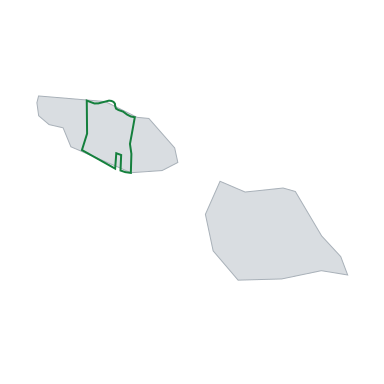 where Tuamasaga sits in Samoa, rotated 185°
{"feature_id": "WSM-4984", "entity_name": "Tuamasaga", "entity_type": "state/province", "adm_level": 1, "iso_a3": "WSM", "parent_name": "Samoa", "parent_adm1": "", "projection": "natural_earth1", "projection_center": [-171.78, -13.929], "detail": "fine", "context": "in_parent", "style": "outline", "palette": "green", "viewbox_px": 384, "rotation_deg": 185, "n_neighbors": 0, "source": "natural_earth", "source_scale": "10m", "svg_char_len": 859}
<svg xmlns="http://www.w3.org/2000/svg" viewBox="0 0 384 384"><g transform="rotate(185 192 192)"><path d="M138.4,108.2L165.8,135.2L176.7,170.9L165.0,205.1L139.1,196.6L101.6,203.9L89.1,201.5L59.0,159.5L38.2,140.6L29.7,122.9L56.3,124.9L95.1,113.2L138.4,108.2ZM353.2,274.3L286.3,274.5L253.2,261.6L241.4,261.5L213.1,234.4L208.7,220.2L223.6,210.8L254.5,205.9L316.6,226.5L326.0,244.7L340.3,246.7L351.4,254.6L354.3,267.4L353.2,274.3Z" fill="#d9dde1" stroke="#a8b0b8" stroke-width="1"/><path d="M270.6,208.6L305.3,224.2L301.6,241.0L304.8,273.9L297.0,271.7L293.1,272.1L282.6,275.8L280.1,275.7L278.0,274.9L276.5,273.3L276.0,270.9L275.0,268.5L272.5,267.3L267.7,266.1L263.3,263.4L259.5,261.9L255.5,261.5L257.0,244.9L258.0,234.5L255.7,224.7L254.6,205.7L260.3,206.0L265.1,207.2L265.8,222.7L270.8,224.0L270.6,208.6Z" fill="none" stroke="#15803d" stroke-width="2"/></g></svg>